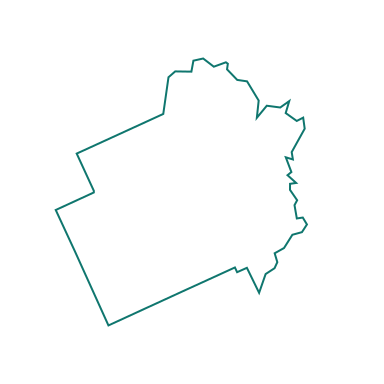 Montgomery, Alabama, United States of America, rotated 66°
{"feature_id": "52423323B92545989664473", "entity_name": "Montgomery", "entity_type": "district", "adm_level": 2, "iso_a3": "USA", "parent_name": "United States of America", "parent_adm1": "Alabama", "projection": "robinson", "projection_center": [-86.22, 32.233], "detail": "fine", "context": "isolated", "style": "outline", "palette": "teal", "viewbox_px": 384, "rotation_deg": 66, "n_neighbors": 0, "source": "geoboundaries", "source_scale": "gbopen_adm2", "svg_char_len": 811}
<svg xmlns="http://www.w3.org/2000/svg" viewBox="0 0 384 384"><g transform="rotate(66 192 192)"><path d="M108.0,105.1L94.2,110.1L89.4,107.1L87.3,108.3L86.4,121.1L74.6,127.5L72.6,137.3L81.8,143.6L75.0,158.3L77.6,166.8L109.0,186.5L109.2,203.4L109.2,203.9L110.0,281.7L151.0,281.2L152.5,281.9L153.0,323.8L198.9,323.1L279.9,322.6L279.4,281.5L278.9,237.0L278.4,183.5L283.6,183.4L283.6,172.7L311.4,171.7L296.9,158.1L295.2,147.6L290.8,142.6L281.6,141.4L280.6,130.7L271.9,117.7L273.4,107.9L268.4,100.2L260.4,101.2L258.8,107.0L245.7,103.7L242.3,99.3L229.9,101.6L224.4,99.1L226.1,93.2L215.5,97.9L214.2,93.1L198.5,92.2L203.3,86.6L196.1,84.7L180.0,63.3L169.3,60.2L169.7,67.4L158.0,74.3L148.5,66.2L150.7,77.0L143.6,88.6L150.6,102.6L135.6,93.9L113.3,96.7L108.0,105.1Z" fill="none" stroke="#0f766e" stroke-width="2"/></g></svg>